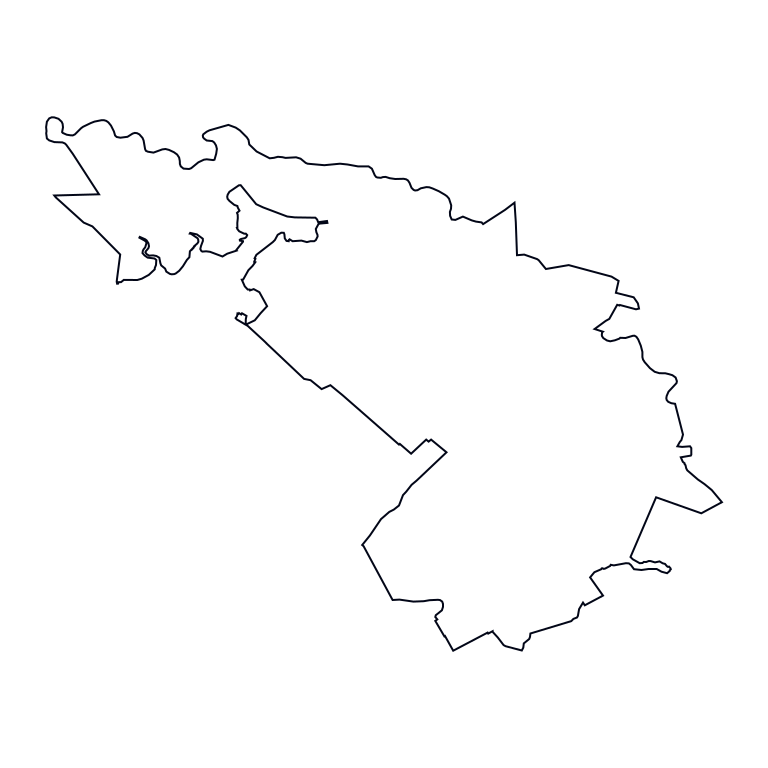 Gruiu, Ilfov, Romania (Natural Earth projection)
{"feature_id": "2599482B32768911582829", "entity_name": "Gruiu", "entity_type": "district", "adm_level": 2, "iso_a3": "ROU", "parent_name": "Romania", "parent_adm1": "Ilfov", "projection": "natural_earth1", "projection_center": [26.214, 44.706], "detail": "fine", "context": "isolated", "style": "outline", "palette": "ink", "viewbox_px": 768, "rotation_deg": 0, "n_neighbors": 0, "source": "geoboundaries", "source_scale": "gbopen_adm2", "svg_char_len": 6094}
<svg xmlns="http://www.w3.org/2000/svg" viewBox="0 0 768 768"><path d="M66.2,144.7L72.7,153.7L99.0,194.3L54.3,195.5L55.8,197.4L83.7,222.6L92.4,226.4L120.2,254.5L117.0,279.0L116.7,281.7L117.1,283.7L118.1,283.6L118.5,282.2L121.1,282.1L123.8,279.9L137.3,280.0L141.8,278.7L148.8,274.9L154.7,269.4L154.8,268.0L156.0,265.0L156.3,260.0L154.6,258.5L147.6,257.6L144.6,255.5L142.5,253.1L142.8,250.9L143.5,249.4L145.2,247.3L146.5,243.0L146.0,241.7L144.7,240.6L139.4,237.7L139.8,236.9L145.2,239.3L146.6,240.4L148.4,243.2L149.0,246.2L148.4,248.2L145.7,251.4L145.4,252.3L146.6,254.1L149.0,255.6L153.2,255.4L156.4,256.0L159.3,257.7L160.4,263.3L161.2,265.4L165.1,268.6L166.3,271.6L169.9,273.9L171.6,274.3L174.2,274.1L175.7,273.5L179.2,270.8L182.9,266.3L186.9,259.9L189.4,257.2L189.9,251.3L191.4,249.7L192.4,250.3L191.6,249.6L192.2,249.0L193.1,249.5L192.3,248.8L193.0,248.1L193.9,248.9L193.0,248.0L194.5,246.5L194.2,246.2L197.4,243.4L198.4,241.8L198.2,239.5L197.5,238.2L191.0,233.8L189.8,233.6L190.2,232.9L196.9,234.4L202.8,238.7L202.9,240.9L201.0,246.0L200.3,249.0L201.2,250.8L202.3,251.6L206.1,251.3L210.0,251.8L222.5,256.5L227.2,253.7L236.6,250.6L236.2,250.2L243.0,241.7L243.0,241.2L239.9,240.6L239.8,239.7L241.0,239.0L244.9,238.1L246.2,237.2L247.2,235.1L245.9,233.7L244.2,233.7L239.2,231.3L237.4,229.1L237.0,228.0L237.4,228.0L237.3,223.0L237.8,218.1L237.7,214.7L237.0,212.9L239.5,210.7L237.8,207.6L237.4,206.0L234.3,204.9L229.5,201.0L227.6,198.8L227.2,196.8L227.7,194.6L229.4,191.8L238.9,185.3L240.7,185.2L256.2,204.2L263.1,207.4L287.2,216.5L294.9,217.4L315.4,217.7L317.1,219.5L318.2,222.2L327.0,221.0L327.4,222.9L319.6,223.6L318.4,224.2L315.8,229.0L316.4,232.3L317.5,234.9L317.6,236.5L315.8,240.1L314.2,241.2L310.5,241.2L306.9,242.1L301.4,240.6L292.6,241.2L289.6,239.3L288.8,240.0L288.7,241.2L286.5,240.9L284.8,238.4L284.4,234.3L283.8,232.8L281.3,232.7L277.7,234.8L274.9,240.0L272.8,242.1L256.4,254.8L254.6,258.3L255.4,258.8L254.2,261.8L255.3,262.2L252.5,266.0L248.4,270.2L243.2,279.5L241.8,279.7L244.8,286.4L247.7,289.5L249.7,289.5L250.0,290.4L253.7,289.1L259.4,292.2L267.1,306.2L260.6,313.2L254.8,320.3L245.7,324.7L247.4,325.6L263.6,340.5L266.2,343.0L265.7,343.7L266.4,343.3L304.1,378.9L310.6,380.2L321.6,389.1L330.4,385.2L342.8,395.4L399.0,444.6L399.8,443.9L411.1,453.7L426.2,439.6L428.6,441.6L431.1,439.6L446.5,452.3L416.6,480.6L411.6,484.8L406.2,491.7L403.0,495.1L399.0,505.5L393.8,509.6L389.3,511.9L381.0,519.1L369.9,535.5L362.2,545.0L363.6,546.2L392.6,600.0L399.4,599.6L413.4,601.6L423.8,601.2L429.5,600.2L438.0,599.8L440.1,600.1L442.2,601.6L443.0,603.9L443.0,606.9L441.9,610.3L435.8,615.2L435.3,617.0L437.3,619.4L435.3,620.9L444.4,636.4L445.0,636.0L453.2,650.7L487.6,632.6L488.2,633.6L492.6,631.2L492.6,631.8L497.8,637.5L503.6,645.1L505.6,646.2L521.8,650.5L523.3,647.6L523.8,643.4L529.2,639.0L530.0,636.9L530.4,633.5L571.3,621.1L573.4,618.9L577.0,617.5L577.9,615.9L579.1,609.1L583.0,602.6L584.8,605.3L603.0,595.6L590.1,577.4L594.4,572.2L601.3,569.2L601.7,568.4L602.6,568.3L603.8,568.9L605.3,568.5L610.2,565.9L610.7,564.8L613.9,565.4L625.9,563.2L628.9,563.4L630.9,565.0L634.0,569.2L641.5,570.0L648.6,569.0L656.7,569.0L661.5,571.7L667.1,573.2L669.7,571.0L669.7,570.4L670.8,569.3L670.5,568.3L669.0,566.6L668.0,566.9L667.0,566.3L665.0,563.9L662.7,563.3L659.5,561.4L655.0,562.4L650.7,561.1L648.8,561.0L646.2,562.0L643.8,561.9L642.5,563.0L639.7,563.2L632.8,559.3L630.5,557.0L656.1,497.3L701.3,513.3L721.9,502.2L711.8,490.1L704.5,484.1L697.9,479.5L687.3,470.4L686.2,468.3L685.5,465.2L684.6,464.1L684.6,463.3L682.8,461.8L680.8,457.3L690.8,455.6L691.3,454.7L691.3,448.1L690.0,446.3L682.1,446.9L677.4,446.3L679.8,442.0L681.4,440.1L683.0,434.6L675.1,403.8L671.3,403.2L668.2,401.8L666.7,400.0L666.3,398.2L666.7,395.9L668.5,391.7L676.5,383.1L676.9,381.2L675.6,377.5L672.4,375.2L669.1,374.2L665.4,373.3L659.4,373.2L654.7,371.8L650.0,368.2L644.7,362.2L643.0,359.5L642.4,357.1L642.4,351.9L640.8,345.7L638.2,339.4L636.4,336.8L634.5,335.7L632.8,335.8L625.5,338.0L620.2,337.8L619.4,338.6L614.9,340.3L610.2,341.3L607.0,340.5L603.3,338.1L602.0,336.1L601.8,334.9L602.1,332.4L602.9,331.7L594.6,329.0L605.7,320.9L609.3,318.9L617.2,304.8L619.5,305.5L619.9,305.0L636.0,309.3L639.0,308.6L637.9,303.4L633.7,297.3L615.9,292.8L618.6,280.9L611.5,276.6L568.7,265.1L545.9,269.0L538.7,260.2L537.1,259.1L524.2,254.6L517.0,255.2L515.8,222.2L514.5,202.7L505.0,209.9L483.1,224.1L481.6,222.4L476.0,221.6L471.8,220.4L462.9,216.6L455.4,219.9L451.7,219.5L450.1,215.8L449.9,211.9L451.0,208.8L451.2,205.3L449.0,198.6L446.9,196.2L444.8,194.7L438.8,191.2L432.7,188.5L429.3,187.3L426.4,187.1L420.8,188.3L417.5,190.2L415.1,190.5L413.6,189.9L411.5,187.8L409.5,182.8L407.9,180.4L406.1,179.3L403.6,178.8L395.2,179.0L389.7,178.2L385.6,176.9L382.8,177.1L380.9,177.8L377.3,177.5L376.0,176.9L374.7,175.1L371.9,168.7L368.6,166.4L358.0,166.4L347.6,164.5L340.0,163.7L324.3,165.2L307.6,163.7L305.7,162.9L300.6,158.7L296.1,157.3L285.5,157.9L282.5,157.2L277.9,156.8L274.0,157.8L269.7,158.3L256.6,151.5L249.3,144.5L248.5,139.9L246.8,137.3L239.9,130.4L235.7,127.6L228.4,124.9L209.5,130.3L206.7,131.7L203.3,134.3L202.8,135.6L203.1,137.4L204.1,138.6L206.7,140.5L212.4,141.1L214.2,142.5L216.0,145.4L216.9,148.9L216.2,153.7L214.5,159.7L213.2,160.1L206.7,159.3L203.9,159.7L198.4,162.3L191.2,168.2L189.1,169.0L183.5,168.6L180.8,166.4L179.9,164.0L179.8,161.0L179.1,157.5L177.1,154.5L173.9,152.2L169.0,149.9L165.5,149.0L162.3,149.4L153.5,152.6L147.9,151.7L145.9,150.8L145.1,149.1L143.6,140.5L142.5,137.9L139.4,134.4L137.1,133.2L134.8,132.9L132.6,133.6L127.5,136.8L120.4,137.7L116.7,137.0L115.1,135.5L113.9,131.4L111.0,125.6L108.4,122.4L106.3,120.9L104.0,120.2L101.5,120.2L94.5,121.6L90.9,123.0L83.0,126.8L81.1,128.2L74.9,134.4L72.8,135.4L70.5,135.3L66.7,134.7L62.7,132.9L62.1,132.1L63.0,127.3L62.6,123.8L61.6,121.7L58.5,118.8L54.3,117.4L51.7,117.3L49.2,118.4L46.9,121.7L46.1,127.1L46.5,131.1L46.2,133.3L46.9,138.5L49.2,140.4L54.4,142.1L62.4,142.4L64.8,143.4L66.2,144.7ZM245.7,324.7L245.8,319.1L246.5,315.9L242.0,313.3L241.2,314.5L239.0,313.1L238.4,314.0L237.5,313.5L237.0,316.2L235.6,318.1L236.7,319.4L245.7,324.7Z" fill="none" stroke="#020617" stroke-width="2"/></svg>